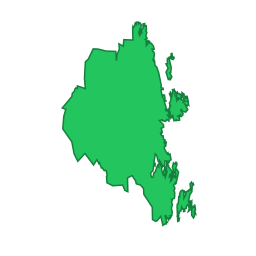 Mandal nor, Vest-Agder, Norway (Equal Earth projection), rotated 259°
{"feature_id": "86288312B66644758166065", "entity_name": "Mandal nor", "entity_type": "district", "adm_level": 2, "iso_a3": "NOR", "parent_name": "Norway", "parent_adm1": "Vest-Agder", "projection": "equal_earth", "projection_center": [7.487, 58.066], "detail": "fine", "context": "isolated", "style": "filled", "palette": "green", "viewbox_px": 256, "rotation_deg": 259, "n_neighbors": 0, "source": "geoboundaries", "source_scale": "gbopen_adm2", "svg_char_len": 5906}
<svg xmlns="http://www.w3.org/2000/svg" viewBox="0 0 256 256"><g transform="rotate(259 128 128)"><path d="M25.7,143.7L26.8,146.0L26.5,147.3L28.4,147.6L27.9,148.5L34.3,147.5L34.0,148.4L35.4,148.7L31.5,148.6L32.1,149.8L30.2,150.3L31.3,150.6L30.8,151.1L31.4,151.8L33.0,151.5L31.4,152.4L32.5,153.3L33.9,152.5L33.7,154.3L37.1,155.4L41.0,155.3L44.4,157.0L47.1,156.6L48.6,157.7L49.7,157.1L50.0,160.0L51.7,160.7L56.2,161.6L58.2,160.9L59.0,162.2L60.7,162.5L63.2,161.7L65.2,164.0L64.1,164.0L64.4,164.6L74.9,169.2L78.2,167.9L77.6,166.7L78.4,166.5L82.7,169.1L84.9,169.1L85.2,168.3L83.5,168.6L83.3,167.7L85.1,166.0L80.8,164.0L78.1,164.4L74.7,162.7L73.1,163.0L74.4,164.4L76.5,164.7L76.4,166.0L71.1,165.9L70.4,165.2L72.5,165.1L72.5,164.3L70.2,163.8L71.9,163.5L72.0,162.7L69.3,161.6L67.6,159.7L74.1,161.9L72.0,159.3L72.9,159.4L74.7,161.0L74.9,162.4L77.4,162.8L82.3,160.4L83.8,160.6L84.4,159.7L86.6,160.5L86.9,159.5L82.9,158.7L82.9,157.8L77.3,157.9L72.4,155.1L75.8,155.1L75.2,156.0L76.1,156.4L80.0,156.7L81.7,156.4L77.4,154.1L74.0,153.7L81.3,153.0L83.8,154.5L83.5,153.4L88.3,152.6L85.6,151.3L86.9,151.3L86.5,150.7L84.1,150.7L85.4,149.7L79.6,146.2L79.3,145.0L74.8,143.0L75.3,141.6L76.8,141.5L79.5,141.7L81.5,144.4L87.3,146.4L85.7,147.3L87.9,147.9L89.7,147.0L97.3,149.9L95.1,151.0L89.1,151.3L88.4,152.4L89.8,152.9L84.9,154.4L83.4,155.9L84.9,157.3L88.5,157.9L88.5,159.3L87.3,160.2L87.7,161.0L86.3,161.5L88.2,162.9L88.6,164.2L94.5,164.3L94.0,162.7L96.0,162.5L95.2,161.6L100.6,159.8L103.0,160.3L102.9,161.4L105.4,161.4L104.5,162.1L106.7,162.9L107.5,162.5L106.6,162.1L106.8,160.6L109.3,162.0L110.1,160.7L113.6,161.0L114.2,159.3L116.2,159.0L115.9,159.5L117.4,159.8L116.8,160.5L118.0,160.9L121.4,160.5L122.0,163.2L124.5,163.4L129.4,160.2L129.5,163.2L128.4,163.3L128.2,164.2L128.9,164.6L128.2,164.5L127.3,166.1L129.0,167.8L127.0,169.5L131.2,170.5L133.7,168.6L132.0,170.7L134.8,171.9L136.2,171.6L134.0,170.7L138.6,170.8L137.5,169.7L139.0,169.4L137.5,168.1L140.9,169.3L147.3,168.7L147.3,170.5L148.1,170.3L148.1,168.7L150.0,168.8L149.5,169.4L150.1,170.0L153.4,170.1L153.8,168.8L152.2,167.7L158.1,167.6L159.3,168.0L159.0,169.9L160.4,170.0L161.2,168.1L163.4,168.8L175.8,168.7L182.3,167.9L184.2,166.4L188.7,166.9L189.5,166.7L188.9,165.8L190.6,165.6L190.3,166.3L195.7,168.1L197.9,167.8L198.4,166.9L200.4,167.5L200.4,166.6L200.9,166.6L200.4,168.7L203.5,168.6L206.8,167.0L207.3,165.4L208.7,165.9L210.0,164.5L208.9,164.3L209.7,163.2L207.3,163.9L205.4,161.7L210.8,162.7L211.6,161.8L212.5,163.9L214.9,163.0L218.4,164.8L220.1,164.0L220.9,164.9L225.1,165.4L225.6,163.7L225.0,163.4L227.3,164.3L227.3,162.6L225.3,162.3L224.8,163.0L224.7,162.1L223.6,162.2L221.7,159.9L219.4,159.7L220.2,159.0L218.2,158.8L217.8,157.8L215.8,157.1L219.3,156.8L218.7,157.4L221.7,157.9L222.7,158.4L221.8,159.0L226.6,160.8L228.8,159.9L229.5,159.0L228.5,158.5L229.9,158.3L229.6,157.1L230.3,156.9L230.1,155.8L228.1,155.8L229.1,154.8L226.7,153.9L225.8,152.7L226.9,152.3L225.4,151.8L226.0,151.8L213.4,149.6L215.5,140.8L209.2,138.9L212.4,135.2L206.9,134.5L202.2,131.2L196.2,129.5L205.5,130.6L207.7,121.2L211.3,113.4L212.3,108.9L203.2,102.2L201.1,98.8L185.3,94.8L174.8,93.6L179.0,86.3L176.5,85.8L177.3,84.5L176.6,83.5L174.2,82.3L172.8,80.0L169.5,78.8L160.2,67.3L158.2,70.5L151.7,67.2L139.6,63.8L125.3,70.2L112.9,70.2L104.9,72.4L111.2,80.9L98.2,87.1L102.8,91.4L98.5,92.6L99.3,93.4L93.8,94.2L93.8,95.2L90.7,96.5L90.5,98.5L85.1,98.4L84.5,97.6L78.2,96.9L74.2,102.1L73.0,111.9L67.4,113.0L65.5,115.7L79.1,118.0L80.5,122.9L74.8,125.3L71.6,125.5L69.6,129.4L65.6,131.7L59.8,130.9L45.6,136.7L33.4,134.6L31.1,137.3L31.4,139.0L35.1,143.3L25.7,143.7ZM136.2,172.3L130.1,171.8L131.0,172.5L129.0,173.3L130.7,173.1L131.9,174.3L126.3,174.5L126.7,176.7L126.1,176.5L125.8,180.1L130.1,180.8L129.5,179.7L130.1,179.0L131.0,181.6L129.9,181.2L129.1,182.4L130.3,184.3L131.7,184.8L132.8,184.1L133.3,184.8L135.5,182.5L135.0,183.2L136.7,184.2L134.4,183.7L132.6,187.7L134.6,190.2L140.4,188.5L138.5,190.5L139.4,191.5L138.9,191.9L142.5,192.0L143.6,190.6L142.8,192.2L147.8,192.1L148.0,191.4L146.0,191.0L146.5,189.9L148.2,190.0L149.4,188.8L150.4,189.6L152.4,187.8L148.5,187.5L149.4,186.1L151.1,186.2L151.2,184.9L152.0,184.9L152.5,183.3L153.9,183.3L153.6,182.6L150.5,181.7L151.0,181.4L148.0,181.8L148.4,182.3L146.4,186.0L148.2,186.1L147.5,187.8L143.2,189.4L142.6,187.0L144.8,187.4L147.1,183.6L146.1,182.7L147.1,181.9L145.8,181.0L148.8,181.2L152.7,180.1L153.3,181.5L154.9,181.5L154.9,180.8L157.3,180.6L156.7,179.5L157.6,178.6L155.7,179.2L151.4,177.1L149.5,177.1L155.9,176.6L153.6,176.0L153.6,175.2L149.7,176.0L146.6,175.2L144.6,173.4L141.9,174.1L141.3,173.6L142.1,173.3L136.8,171.8L136.2,172.3ZM41.7,161.2L27.7,159.1L28.9,160.3L26.9,159.6L26.9,160.1L29.5,161.3L29.5,160.6L30.6,160.6L33.7,161.4L33.2,160.1L34.9,161.3L34.8,162.3L36.5,162.5L36.4,164.1L40.4,165.6L37.7,166.4L37.8,167.3L34.7,166.3L36.0,166.8L35.3,167.0L35.6,168.0L37.8,167.7L37.9,169.8L40.4,170.6L41.2,172.1L38.8,172.6L39.4,172.8L38.6,173.5L34.6,171.3L36.7,175.2L30.2,173.8L27.2,175.1L29.2,176.7L31.7,177.0L30.7,178.0L34.3,177.7L34.6,178.6L37.7,178.8L37.1,178.4L37.9,177.8L37.6,177.1L39.0,177.8L37.5,175.2L44.3,176.7L43.4,175.3L44.5,175.2L44.5,174.5L40.6,175.0L39.2,174.3L44.1,173.2L50.6,175.9L53.2,178.5L59.7,180.2L59.1,180.5L59.7,181.6L61.1,181.4L60.3,180.5L62.8,180.1L61.3,178.2L54.9,177.8L56.0,176.8L55.3,175.4L54.2,175.3L54.7,174.0L53.7,172.8L54.7,171.9L51.6,172.1L48.4,169.5L56.3,170.9L55.4,170.2L56.7,169.5L55.9,167.5L53.3,166.0L50.8,165.8L51.1,164.8L44.0,162.9L44.0,162.0L41.7,161.2ZM175.6,176.0L167.9,176.8L167.5,178.3L169.5,179.0L167.9,179.2L169.9,180.8L174.1,179.6L174.1,180.5L179.2,182.0L187.8,181.6L188.4,182.6L186.6,185.2L187.7,186.6L189.6,186.4L188.5,186.0L188.7,185.0L192.8,185.4L192.6,184.4L190.6,184.2L190.4,184.9L190.1,183.5L188.8,183.7L189.6,182.8L189.5,181.7L188.1,181.6L188.9,181.4L188.8,180.3L188.3,180.8L187.2,179.4L183.5,179.1L183.7,177.5L179.1,178.8L175.6,176.0Z" fill="#22c55e" stroke="#15803d" stroke-width="1.5"/></g></svg>